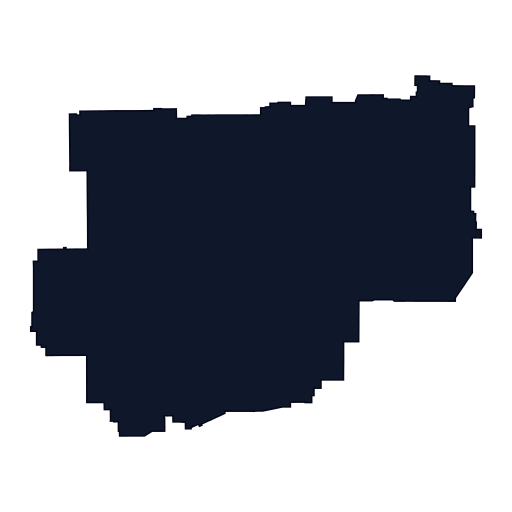 Wongan-Ballidu, Western Australia, Australia (Albers equal-area conic projection)
{"feature_id": "25037944B4040834169290", "entity_name": "Wongan-Ballidu", "entity_type": "district", "adm_level": 2, "iso_a3": "AUS", "parent_name": "Australia", "parent_adm1": "Western Australia", "projection": "albers", "projection_center": [116.851, -30.731], "detail": "fine", "context": "isolated", "style": "filled", "palette": "ink", "viewbox_px": 512, "rotation_deg": 0, "n_neighbors": 0, "source": "geoboundaries", "source_scale": "gbopen_adm2", "svg_char_len": 4673}
<svg xmlns="http://www.w3.org/2000/svg" viewBox="0 0 512 512"><path d="M69.5,114.1L69.5,114.4L69.6,129.5L70.0,167.9L69.9,167.8L69.9,170.7L73.7,170.7L79.7,170.7L79.8,170.7L85.9,170.6L86.5,170.6L86.8,170.8L87.0,171.1L87.2,171.5L87.3,178.4L87.3,185.9L87.4,197.9L87.5,211.1L87.6,218.8L87.7,241.1L87.7,243.0L87.7,245.7L87.8,245.7L87.8,246.1L87.8,249.1L70.4,249.2L66.0,249.3L66.0,247.6L63.7,247.6L63.7,249.3L58.7,249.3L45.7,249.4L40.8,249.5L38.1,249.5L38.1,259.7L38.4,260.2L38.4,261.2L38.2,261.3L34.8,261.3L33.4,261.3L33.6,267.4L33.6,283.1L33.6,287.9L33.6,293.6L33.6,295.9L33.6,299.8L33.6,300.0L33.6,312.0L32.6,312.2L32.4,312.2L32.2,312.3L32.0,312.6L32.0,320.7L32.0,323.9L32.0,326.7L30.7,326.7L30.7,327.5L30.7,328.8L30.7,331.0L30.7,331.3L36.6,331.2L36.6,345.0L41.3,345.0L41.4,347.2L46.0,347.2L46.0,355.4L46.5,355.5L63.4,355.3L65.0,355.3L69.9,355.3L70.0,355.3L75.0,355.3L79.5,355.3L86.5,355.2L86.7,355.3L86.8,393.1L86.8,402.5L104.2,402.5L104.3,409.6L110.5,409.6L110.5,411.4L110.5,415.8L110.5,416.9L110.5,417.4L110.6,418.2L110.6,419.3L110.4,420.6L110.4,421.1L113.7,421.0L113.7,421.8L118.4,421.7L118.4,426.4L118.4,427.3L118.4,431.1L119.5,431.1L119.6,436.0L127.9,436.0L128.2,435.9L138.0,435.9L144.5,435.9L152.0,431.2L157.0,431.2L164.7,431.2L164.7,427.2L164.6,418.0L164.2,418.0L164.2,415.8L172.9,415.7L173.0,421.9L181.6,421.9L181.6,422.1L185.4,422.2L185.5,428.8L191.1,428.8L191.1,427.5L193.1,426.6L192.5,425.4L193.3,426.5L195.8,425.4L196.5,425.1L196.6,424.9L198.3,424.2L198.5,424.2L199.4,426.2L199.5,426.3L200.0,426.1L200.5,425.8L201.2,425.5L201.9,425.2L201.4,424.1L208.3,420.9L208.5,420.8L211.5,419.6L211.7,419.4L213.0,418.8L213.1,418.7L220.0,415.6L224.9,413.3L224.9,411.2L229.6,411.2L234.4,411.2L234.7,411.2L241.2,411.2L249.6,411.2L254.5,411.3L254.6,411.1L257.3,411.0L262.8,411.0L282.6,406.9L288.9,406.9L290.4,406.9L290.4,402.2L301.5,402.1L305.2,402.1L305.2,402.6L311.7,402.6L311.7,395.6L314.0,395.6L314.0,388.2L319.5,388.2L321.0,388.2L321.0,379.9L331.6,379.9L343.5,379.9L343.5,372.6L343.6,363.6L343.6,341.7L358.7,341.7L358.8,320.0L358.8,319.7L358.7,319.7L358.8,317.1L358.9,300.7L360.6,300.7L370.4,300.7L371.9,300.7L372.2,300.6L372.4,300.6L372.7,300.6L372.9,300.5L373.1,300.3L373.4,300.2L373.6,300.0L373.9,299.9L374.0,299.8L374.3,299.8L374.5,299.7L380.5,299.7L392.1,299.7L392.3,299.7L392.5,299.7L392.8,299.8L393.0,299.9L393.2,300.0L393.4,300.2L393.5,300.4L393.6,300.6L393.9,300.8L394.0,300.9L394.2,301.0L394.4,301.0L394.6,301.1L394.8,301.1L405.7,301.1L406.2,301.0L414.5,301.1L422.6,301.1L433.8,301.1L437.0,301.1L439.7,301.1L455.3,301.2L455.3,298.3L455.3,298.1L455.4,297.9L455.5,297.8L455.6,297.6L455.7,297.3L465.2,283.4L467.0,280.6L468.4,278.6L469.7,276.7L470.2,275.9L472.3,272.8L472.3,269.2L472.3,267.3L472.3,252.9L472.3,241.4L472.3,237.8L481.3,237.9L481.3,229.5L478.7,229.5L477.8,229.5L476.1,229.5L476.2,223.0L476.2,222.6L476.1,222.4L476.1,222.2L476.0,221.8L475.9,221.6L475.7,221.5L475.6,221.3L475.5,218.1L475.7,213.7L473.6,213.7L473.6,211.4L470.5,211.3L470.5,197.3L470.5,186.9L474.6,186.9L474.7,156.4L474.7,139.1L474.7,137.5L474.7,126.0L468.4,126.0L468.4,125.8L468.5,125.7L468.5,107.9L469.9,107.4L470.4,107.2L470.6,107.1L472.3,106.8L472.9,106.6L472.8,106.3L472.8,97.8L473.0,97.8L474.3,97.7L474.4,89.6L474.4,86.0L465.1,86.0L451.9,85.8L451.9,83.5L439.5,83.5L439.5,81.0L429.6,80.9L429.6,76.3L429.6,76.2L427.2,76.2L427.0,76.3L426.7,76.5L426.6,76.3L426.5,76.1L426.2,76.1L415.1,76.0L415.0,85.3L417.6,85.3L417.5,92.2L416.4,92.2L416.4,96.6L410.7,96.5L410.6,100.3L400.5,100.2L400.0,99.2L399.8,99.2L389.8,99.2L387.0,99.2L387.0,98.4L383.2,98.4L383.2,94.9L377.2,95.0L371.2,94.9L371.2,95.0L358.0,95.0L355.6,100.7L355.6,102.6L343.5,102.6L340.2,102.6L331.9,102.6L331.9,97.1L319.1,97.1L306.1,97.1L306.1,97.4L306.1,98.1L306.0,99.2L305.9,100.0L305.8,101.1L305.8,102.1L305.7,102.7L305.7,103.9L305.6,104.9L305.5,105.6L290.4,105.6L290.4,102.4L284.6,102.4L278.1,102.4L278.1,103.3L270.0,103.3L270.0,106.8L265.4,107.0L265.4,107.8L260.7,107.8L260.7,108.0L260.7,111.0L260.7,113.7L260.7,113.9L260.6,114.0L260.5,114.5L260.4,115.0L257.0,115.0L252.9,115.0L249.6,115.1L248.8,115.1L246.0,115.0L242.6,115.1L241.1,115.1L238.7,115.1L234.7,115.1L230.6,115.1L226.9,115.1L223.2,115.1L219.3,115.1L215.7,115.1L212.2,115.2L208.7,115.1L205.9,115.2L202.4,115.2L202.2,115.2L199.5,115.1L194.3,115.1L193.6,115.1L191.8,115.2L191.8,116.4L187.2,116.4L187.1,118.5L183.4,118.5L181.5,118.5L176.4,118.5L176.4,115.0L176.4,114.6L176.3,109.2L176.3,108.9L169.1,109.0L161.6,109.0L161.5,108.7L153.9,108.7L153.8,110.6L145.5,110.7L137.7,110.8L131.3,110.8L128.5,110.8L119.2,110.8L108.9,110.9L104.2,111.0L92.2,111.1L85.6,111.2L79.9,111.2L80.0,115.1L76.4,115.2L76.4,114.0L69.5,114.1Z" fill="#0f172a" stroke="#020617" stroke-width="1.5"/></svg>